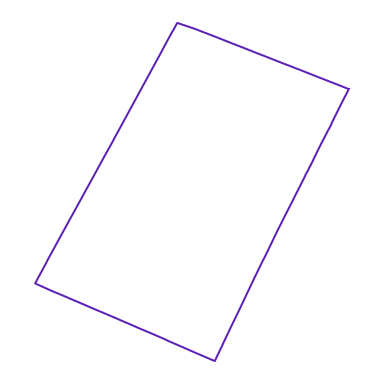 Grindu, Ialomita, Romania (Natural Earth projection)
{"feature_id": "2599482B93740752830620", "entity_name": "Grindu", "entity_type": "district", "adm_level": 2, "iso_a3": "ROU", "parent_name": "Romania", "parent_adm1": "Ialomita", "projection": "natural_earth1", "projection_center": [26.934, 44.758], "detail": "fine", "context": "isolated", "style": "outline", "palette": "violet", "viewbox_px": 384, "rotation_deg": 0, "n_neighbors": 0, "source": "geoboundaries", "source_scale": "gbopen_adm2", "svg_char_len": 1946}
<svg xmlns="http://www.w3.org/2000/svg" viewBox="0 0 384 384"><path d="M214.9,360.9L216.9,356.6L223.0,343.9L223.0,343.7L230.9,327.1L239.2,310.0L247.1,293.3L255.4,275.8L255.8,275.1L257.5,271.6L259.2,268.1L260.4,265.6L263.1,260.1L263.9,258.6L264.0,258.5L266.0,254.5L269.8,246.6L272.6,240.8L278.1,229.4L281.5,222.7L284.6,216.5L292.3,201.4L295.6,194.8L296.0,194.0L302.6,181.0L304.9,176.4L305.3,175.5L305.4,175.0L306.4,173.2L306.8,172.6L307.5,171.3L308.2,170.1L309.0,168.3L309.2,167.8L309.4,167.5L310.0,166.4L310.3,165.7L310.7,165.2L311.2,164.0L311.7,163.1L312.4,161.8L313.2,160.0L314.1,158.0L315.0,156.3L315.8,154.6L316.6,152.9L318.4,149.3L319.3,147.4L320.2,145.8L320.9,144.2L322.4,141.5L324.3,137.7L325.6,135.2L328.1,130.3L328.7,129.3L329.2,128.5L330.1,126.7L331.3,124.4L331.4,123.8L332.2,122.1L335.1,116.2L339.1,108.1L340.6,105.1L341.3,103.8L343.0,100.4L344.6,97.2L345.1,96.4L345.4,95.8L345.6,95.4L347.7,91.2L348.0,90.5L348.1,90.4L348.4,89.9L348.6,89.4L348.7,89.2L348.8,89.0L348.7,89.0L348.1,88.8L347.7,88.6L347.3,88.5L345.9,87.9L344.7,87.5L344.4,87.3L343.0,86.8L327.9,80.9L321.1,78.2L318.6,77.3L312.4,74.8L310.6,74.1L297.7,69.0L292.0,66.8L288.9,65.6L287.6,65.1L281.6,62.8L255.3,52.5L248.3,49.7L231.8,43.3L214.4,36.4L203.0,32.0L196.0,29.3L190.1,27.2L186.1,25.9L181.1,24.2L179.0,23.5L177.7,23.0L177.2,23.1L176.9,23.5L176.5,24.2L176.2,24.8L173.5,29.8L173.2,30.2L173.0,30.7L172.8,30.9L172.6,31.1L172.3,31.8L171.8,32.6L166.4,42.5L160.3,53.9L124.7,119.3L119.1,129.6L114.7,137.6L113.7,139.5L113.6,139.9L105.0,155.3L98.8,166.6L94.8,174.0L65.5,227.3L46.9,261.3L46.6,262.2L35.2,283.2L35.5,283.6L50.8,290.5L65.6,296.7L90.0,307.2L96.5,310.0L96.8,310.1L106.5,314.2L117.6,318.9L117.8,319.0L118.2,319.2L124.9,322.1L129.2,323.9L138.7,328.1L152.0,333.7L157.1,335.9L159.0,336.7L162.2,338.1L166.9,340.2L167.4,340.6L177.2,344.8L187.0,349.1L195.3,352.7L203.4,356.2L207.4,357.9L214.2,360.8L214.7,361.0L214.9,360.9Z" fill="none" stroke="#5b21b6" stroke-width="2"/></svg>